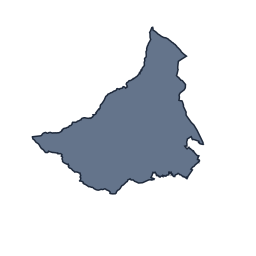 outline of Josenii Bargaului, Bistrita-Nasaud, Romania, rotated 239°
{"feature_id": "2599482B1085806390665", "entity_name": "Josenii Bargaului", "entity_type": "district", "adm_level": 2, "iso_a3": "ROU", "parent_name": "Romania", "parent_adm1": "Bistrita-Nasaud", "projection": "orthographic", "projection_center": [24.668, 47.212], "detail": "fine", "context": "isolated", "style": "filled", "palette": "slate", "viewbox_px": 256, "rotation_deg": 239, "n_neighbors": 0, "source": "geoboundaries", "source_scale": "gbopen_adm2", "svg_char_len": 5735}
<svg xmlns="http://www.w3.org/2000/svg" viewBox="0 0 256 256"><g transform="rotate(239 128 128)"><path d="M201.6,201.0L201.8,200.1L199.6,197.3L198.7,195.7L197.6,195.5L194.3,193.6L192.1,193.0L190.3,189.9L190.0,189.2L188.9,188.0L188.3,186.9L186.6,185.0L185.7,184.5L184.9,183.9L184.3,183.1L184.2,182.8L181.3,181.3L179.7,180.3L179.3,179.1L179.1,178.1L178.6,177.7L177.2,177.2L176.7,176.7L176.3,176.1L175.8,175.6L175.4,175.5L173.1,174.2L172.6,172.6L171.9,170.9L171.3,170.4L171.0,169.1L170.4,169.4L170.2,169.1L170.1,168.7L170.1,167.8L168.7,166.4L169.4,166.2L168.5,165.0L167.6,162.2L167.6,160.5L167.5,160.1L167.3,158.2L167.7,158.0L167.3,157.1L167.5,156.9L167.3,155.7L167.5,154.2L167.8,153.8L168.0,153.3L167.3,151.1L167.5,150.4L166.6,149.1L166.1,149.0L164.8,149.1L164.3,148.6L163.6,148.6L163.6,148.0L163.4,146.5L164.7,146.3L165.6,145.6L165.9,145.1L165.1,143.7L165.9,141.4L165.9,141.1L165.6,140.6L166.5,139.9L167.3,139.1L167.4,138.7L166.6,137.8L166.5,136.4L166.6,135.7L166.9,135.2L166.8,134.8L166.9,134.0L166.7,133.0L166.8,132.3L167.1,131.4L167.0,130.5L167.3,128.0L167.2,127.7L166.7,127.2L166.5,125.2L164.1,121.9L162.4,118.3L162.0,116.5L161.6,115.9L159.5,114.3L158.9,113.0L159.4,113.0L159.6,113.4L157.6,108.4L157.1,108.6L156.8,108.1L156.6,107.1L156.6,106.4L157.0,105.5L157.3,104.9L156.4,104.9L155.9,103.2L155.7,103.2L155.5,101.0L156.2,100.7L156.1,100.2L156.6,99.2L157.5,97.9L159.1,96.2L159.5,95.4L160.0,93.5L159.7,92.5L159.3,92.3L159.2,92.1L159.4,91.4L159.5,89.3L159.9,88.1L159.6,87.2L159.7,86.5L160.0,85.8L161.4,83.6L161.2,83.0L160.8,82.8L160.5,82.2L160.2,82.0L159.9,81.6L159.6,80.3L159.7,79.9L160.0,79.2L159.8,78.1L159.6,77.8L159.4,77.3L159.8,76.3L159.8,74.9L160.1,74.4L160.7,72.5L160.7,72.1L160.4,71.8L160.4,71.1L160.3,70.4L159.9,69.8L159.7,69.9L159.7,69.6L159.4,69.3L159.4,68.0L159.5,66.3L160.0,65.6L160.5,64.2L161.0,63.8L161.1,63.4L162.3,61.4L162.4,60.8L162.8,60.5L163.4,59.8L164.3,59.1L164.8,57.8L164.8,57.1L165.0,56.2L165.3,55.8L166.5,55.2L166.8,54.7L167.1,53.2L167.1,52.3L166.8,51.3L166.2,50.1L166.2,49.5L166.5,48.6L169.7,41.6L169.0,41.2L167.3,40.9L166.0,41.6L163.2,41.8L160.5,43.1L159.1,43.2L158.1,43.1L157.8,43.2L157.3,43.1L155.0,43.2L153.3,44.1L152.4,44.3L149.6,44.6L148.5,46.1L148.5,47.4L149.0,47.9L145.8,50.8L145.2,51.8L144.6,52.5L144.3,53.0L143.3,54.0L142.8,54.9L142.1,54.6L141.9,54.9L141.4,55.6L140.9,56.9L139.6,57.6L139.2,57.7L138.9,57.5L138.8,56.9L138.1,56.3L137.5,56.8L136.6,56.8L135.5,55.5L134.4,55.4L133.6,55.1L133.0,54.7L131.7,55.0L130.7,55.6L129.8,56.0L129.5,56.4L128.3,57.1L128.1,57.3L128.0,57.9L127.8,58.2L127.1,57.9L126.3,57.9L126.4,57.5L125.5,57.0L124.3,57.1L123.5,57.5L122.9,58.1L121.3,58.7L120.3,58.7L119.2,59.3L117.7,59.6L117.2,60.7L116.5,61.6L115.6,62.4L114.8,62.8L113.9,63.7L113.1,63.2L111.8,63.1L111.3,62.7L111.3,62.4L110.7,61.7L110.2,61.6L109.5,61.8L109.0,61.4L108.3,60.7L107.8,60.0L107.6,59.3L107.4,59.3L107.2,59.8L106.5,60.4L106.3,60.8L104.5,61.7L103.9,61.6L103.8,61.2L102.7,61.5L102.3,61.8L102.1,62.1L101.4,62.5L99.6,63.4L98.1,64.0L97.8,64.2L97.4,65.1L96.0,66.1L95.4,67.0L94.4,67.5L93.6,67.6L91.5,68.9L90.5,69.9L89.8,71.0L89.3,73.4L88.3,74.5L88.0,75.5L87.9,76.6L87.6,77.0L87.1,77.4L86.2,77.6L84.1,79.2L82.2,79.7L81.4,78.9L81.0,79.0L79.6,80.7L78.4,82.8L78.2,83.1L78.4,84.4L79.0,85.0L79.5,85.8L79.9,87.2L79.8,88.5L80.2,90.1L81.7,92.9L81.6,94.7L82.7,99.2L82.5,99.8L83.7,101.4L83.3,102.7L83.4,103.6L82.8,103.8L81.8,103.9L80.8,105.7L78.9,106.2L77.7,107.2L75.4,108.7L73.6,112.3L72.8,119.3L71.9,120.7L71.7,121.5L71.1,121.6L70.9,123.0L70.5,123.6L70.9,124.3L73.7,122.2L75.5,124.9L76.1,125.3L77.1,126.6L76.7,126.9L76.1,127.1L76.0,127.4L76.3,127.8L76.1,128.5L73.8,128.5L73.8,128.4L73.4,128.0L72.9,128.1L72.1,128.3L72.1,129.2L71.5,129.3L71.2,129.5L70.9,129.6L70.6,129.5L70.0,129.6L70.1,130.2L69.4,130.4L69.6,131.1L69.6,131.7L69.5,132.3L69.3,132.5L68.8,132.6L68.3,133.0L69.2,133.6L68.9,133.7L68.6,134.2L68.2,134.5L68.3,134.6L67.7,134.9L67.2,135.9L67.7,136.4L66.9,138.9L69.0,140.1L69.2,140.5L68.8,140.8L68.7,140.6L68.3,140.7L67.8,140.5L67.6,140.6L67.6,140.9L68.0,141.9L67.8,142.3L65.8,141.2L65.9,141.6L66.3,141.9L65.5,142.4L64.5,141.8L63.0,142.1L62.3,143.1L63.3,144.2L63.4,144.6L63.1,146.1L63.2,146.7L63.4,147.3L63.1,147.8L61.2,148.4L61.1,148.8L60.1,149.4L58.3,149.9L57.7,150.2L57.8,150.8L54.2,152.4L54.8,153.5L55.7,153.3L55.5,154.0L55.6,154.4L58.9,161.6L60.3,160.8L60.5,161.5L61.2,163.1L61.2,163.6L61.1,164.8L61.8,166.6L62.4,170.5L62.1,170.8L62.8,171.1L62.9,171.5L62.8,172.1L63.5,172.6L64.3,172.4L65.2,171.3L65.8,171.8L66.3,172.8L66.9,172.8L67.5,174.4L68.3,173.8L68.6,173.3L69.4,172.9L72.7,172.3L74.6,172.3L74.5,171.8L75.2,171.8L76.4,171.4L77.9,170.7L78.2,170.9L78.8,170.2L80.1,170.3L80.0,169.4L79.7,167.9L81.2,167.5L83.2,167.3L83.0,168.0L82.2,169.2L83.9,170.2L85.9,171.1L86.9,172.3L88.0,173.2L88.1,177.7L87.1,177.6L85.0,177.2L84.7,177.4L84.6,178.1L84.4,178.3L83.5,179.2L80.1,181.9L79.3,181.1L78.8,181.7L78.1,181.3L77.2,181.8L75.5,183.6L75.2,184.0L75.3,184.3L75.9,184.2L76.4,184.4L76.9,184.8L90.4,186.0L96.7,186.0L100.1,185.1L108.9,184.4L111.0,185.4L111.6,186.0L114.1,186.2L115.8,186.4L117.7,186.5L119.2,187.4L122.2,188.1L123.5,188.2L124.2,187.2L125.5,185.9L126.9,187.2L128.2,188.1L129.9,188.7L130.1,189.2L130.6,189.6L131.2,190.9L131.8,195.9L132.9,197.8L135.7,199.7L140.5,199.0L141.3,198.5L141.7,197.9L142.9,197.9L143.6,197.5L144.2,197.4L145.0,197.6L146.4,196.8L148.0,196.6L148.9,197.7L152.4,201.1L153.2,201.2L154.9,202.2L159.2,205.5L159.4,209.4L159.5,215.1L162.8,213.8L165.8,212.9L167.4,213.0L170.7,212.3L172.2,211.8L173.4,211.8L174.3,211.5L175.0,211.5L176.9,210.6L177.7,210.5L178.8,209.8L180.6,209.3L182.4,208.5L183.3,208.4L185.5,207.1L186.5,206.1L186.9,205.4L189.2,203.9L191.8,202.8L193.1,202.1L194.4,201.8L196.2,201.3L199.1,199.9L200.7,200.8L201.6,201.0Z" fill="#64748b" stroke="#1e293b" stroke-width="1.5"/></g></svg>